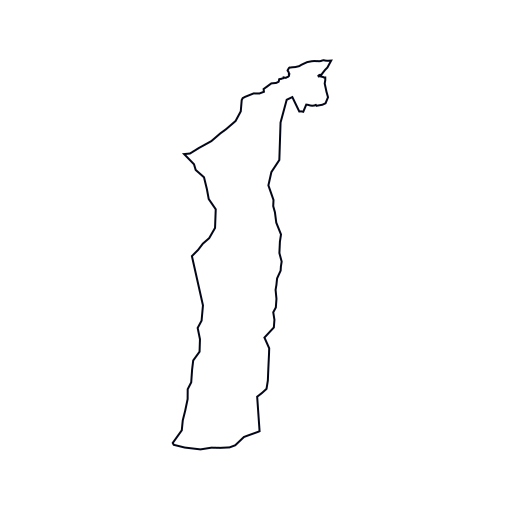 Adavi, Kogi, Nigeria (Albers equal-area conic projection), rotated 133°
{"feature_id": "59680162B7261312330016", "entity_name": "Adavi", "entity_type": "district", "adm_level": 2, "iso_a3": "NGA", "parent_name": "Nigeria", "parent_adm1": "Kogi", "projection": "albers", "projection_center": [6.354, 7.693], "detail": "fine", "context": "isolated", "style": "outline", "palette": "ink", "viewbox_px": 512, "rotation_deg": 133, "n_neighbors": 0, "source": "geoboundaries", "source_scale": "gbopen_adm2", "svg_char_len": 2098}
<svg xmlns="http://www.w3.org/2000/svg" viewBox="0 0 512 512"><g transform="rotate(133 256 256)"><path d="M149.6,373.4L151.7,372.8L160.6,365.8L171.2,363.0L183.9,364.4L190.6,365.7L202.4,367.0L215.8,371.4L226.1,374.2L230.5,378.1L231.2,363.9L234.2,358.8L233.9,347.7L240.6,337.5L246.6,329.4L249.3,317.3L263.4,305.1L274.9,302.4L283.3,303.3L291.0,302.5L299.8,302.8L328.3,261.1L340.4,251.7L348.4,249.6L355.1,240.2L364.5,232.0L375.2,230.7L382.6,225.3L392.6,217.2L400.0,215.1L407.3,208.4L417.4,202.3L426.1,197.5L434.1,191.4L449.5,189.4L450.2,187.4L444.7,177.5L435.3,164.7L426.6,157.9L420.6,151.2L414.0,144.8L408.6,142.1L396.6,141.4L392.4,139.3L386.8,136.4L383.3,134.6L381.7,133.9L358.1,159.2L352.0,158.2L346.0,157.7L339.0,162.4L329.1,170.9L319.2,179.3L314.5,183.4L309.9,194.2L296.1,194.2L290.1,199.0L285.4,205.0L280.1,206.4L273.4,211.8L267.4,218.6L263.3,221.3L258.0,225.3L249.9,228.0L246.6,230.7L242.6,233.4L237.9,240.9L229.2,248.3L223.2,252.4L217.8,263.9L211.1,272.0L207.8,277.4L203.1,281.4L195.9,295.1L184.1,302.0L169.9,304.4L141.6,329.1L120.8,340.1L115.0,337.8L120.8,322.9L119.4,321.6L118.3,319.8L111.0,322.5L109.9,320.9L109.0,319.1L107.8,317.4L106.2,316.0L104.7,315.3L104.9,314.2L100.1,310.6L96.9,309.3L90.8,311.6L87.8,316.5L83.0,323.4L80.1,325.3L78.2,327.1L79.1,328.0L79.2,328.7L81.0,331.9L81.9,332.6L81.6,333.3L80.3,333.1L78.8,331.8L76.3,332.1L72.8,332.4L69.5,332.3L61.8,334.3L63.7,336.1L64.1,336.4L65.7,338.4L66.7,340.1L68.2,341.1L68.9,341.4L69.9,342.1L70.5,342.7L71.1,343.4L71.8,344.2L72.3,344.7L72.9,345.5L73.8,346.5L74.5,347.1L75.6,348.1L79.3,350.8L83.2,352.4L85.2,353.2L87.7,353.9L91.0,356.1L93.7,358.6L94.3,359.0L95.3,360.0L95.9,360.1L97.0,359.9L97.8,359.7L98.7,359.5L98.9,359.2L99.1,358.1L99.3,357.6L99.4,357.3L100.0,356.4L100.5,356.0L100.3,355.7L101.9,354.7L103.1,354.8L104.4,355.4L105.4,355.7L106.5,357.5L106.9,357.1L107.6,357.4L108.4,358.0L109.2,358.3L109.7,358.7L110.0,359.1L110.4,359.2L110.6,359.4L110.9,359.6L112.3,358.7L113.2,358.3L115.7,359.3L119.3,362.5L128.7,364.3L130.5,362.2L134.9,364.4L138.7,368.6L147.0,372.5L149.6,373.4Z" fill="none" stroke="#020617" stroke-width="2"/></g></svg>